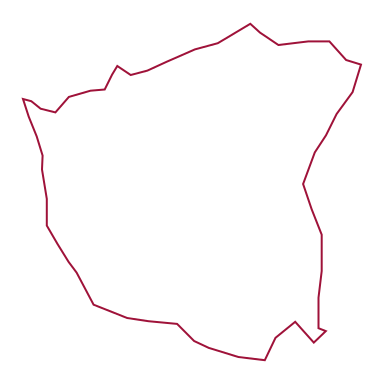 the district of Klonari, Limassol, Cyprus
{"feature_id": "46923920B45851080898920", "entity_name": "Klonari", "entity_type": "district", "adm_level": 2, "iso_a3": "CYP", "parent_name": "Cyprus", "parent_adm1": "Limassol", "projection": "mercator", "projection_center": [33.179, 34.828], "detail": "fine", "context": "isolated", "style": "outline", "palette": "rose", "viewbox_px": 384, "rotation_deg": 0, "n_neighbors": 0, "source": "geoboundaries", "source_scale": "gbopen_adm2", "svg_char_len": 750}
<svg xmlns="http://www.w3.org/2000/svg" viewBox="0 0 384 384"><path d="M23.0,99.0L28.7,116.6L36.7,136.4L42.6,155.6L42.0,169.5L46.8,198.9L46.8,225.6L57.4,243.8L68.6,261.9L76.6,272.6L93.6,304.7L102.2,308.1L127.1,318.0L148.4,321.2L177.1,323.9L194.1,341.0L209.0,348.0L209.5,348.1L238.3,357.0L264.8,360.2L275.5,337.8L295.2,321.8L313.8,342.6L325.8,331.1L318.5,328.2L318.5,297.7L321.7,271.0L321.7,234.7L311.6,209.1L303.1,184.0L314.8,152.4L326.0,135.3L336.6,114.0L352.6,92.1L361.0,64.6L346.1,60.0L329.4,41.4L308.3,41.4L278.4,45.0L260.0,32.6L250.3,23.8L217.8,43.2L194.9,49.4L166.8,61.7L147.4,70.6L130.7,75.0L117.3,66.0L112.1,74.6L104.7,89.5L90.5,90.7L68.9,96.9L55.4,112.4L40.6,108.7L31.3,101.2L23.0,99.0Z" fill="none" stroke="#9f1239" stroke-width="2"/></svg>